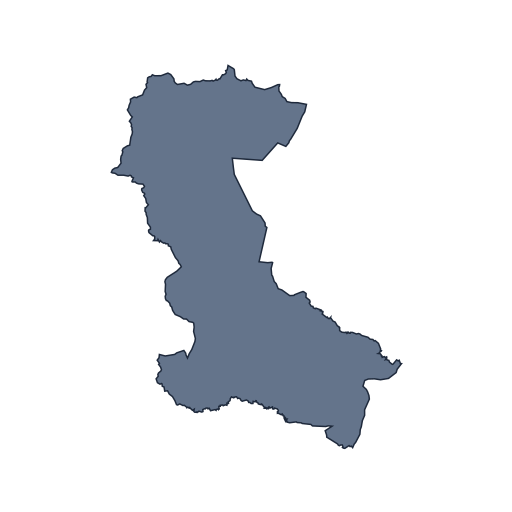 Twifo Hemang Lower Denkyira, Central, Ghana, rotated 202°
{"feature_id": "2480657B44541331554905", "entity_name": "Twifo Hemang Lower Denkyira", "entity_type": "district", "adm_level": 2, "iso_a3": "GHA", "parent_name": "Ghana", "parent_adm1": "Central", "projection": "orthographic", "projection_center": [-1.455, 5.378], "detail": "fine", "context": "isolated", "style": "filled", "palette": "slate", "viewbox_px": 512, "rotation_deg": 202, "n_neighbors": 0, "source": "geoboundaries", "source_scale": "gbopen_adm2", "svg_char_len": 6097}
<svg xmlns="http://www.w3.org/2000/svg" viewBox="0 0 512 512"><g transform="rotate(202 256 256)"><path d="M266.0,415.5L274.6,413.8L280.6,411.5L285.2,410.7L288.0,413.0L291.4,413.6L293.1,415.4L296.5,417.6L298.2,421.3L297.9,422.2L298.3,423.8L300.0,423.0L304.9,417.9L310.3,413.5L320.2,412.1L324.2,414.7L325.7,416.4L329.3,415.8L330.9,416.6L331.0,414.9L333.7,414.5L335.6,412.8L340.1,413.2L342.9,415.0L345.9,420.6L346.8,421.2L353.3,422.2L352.4,417.8L353.6,416.5L352.3,415.1L352.5,413.6L354.0,411.8L355.0,411.5L355.8,406.7L356.5,406.6L357.7,404.4L358.7,404.2L359.3,404.9L359.6,403.9L361.3,402.1L362.5,402.4L364.0,401.2L368.5,399.5L370.8,399.4L373.3,396.7L377.6,395.2L379.3,393.9L380.9,390.7L383.6,388.7L387.4,389.2L393.1,385.6L395.6,386.2L397.2,387.2L398.5,389.5L403.0,392.3L406.2,392.6L411.6,387.6L417.4,385.2L420.0,385.2L420.5,383.2L422.1,382.2L423.2,380.6L422.2,376.7L421.5,376.1L422.3,374.0L420.4,371.1L421.5,368.1L421.5,362.9L425.2,359.4L425.8,358.2L428.5,357.7L431.2,354.3L430.0,351.9L430.1,348.2L429.6,345.8L430.0,343.3L424.8,339.4L422.8,338.6L423.9,333.5L421.9,332.5L420.6,331.2L420.3,329.4L419.0,328.6L418.4,326.7L417.1,325.0L416.5,322.7L416.5,319.2L414.6,311.4L416.5,310.0L419.4,306.0L419.5,303.5L418.5,302.7L418.1,299.4L418.5,298.1L417.7,294.9L415.9,291.5L417.4,286.2L419.8,284.6L421.4,282.2L421.5,279.4L420.4,279.2L417.7,279.9L414.3,279.2L409.1,281.3L404.5,282.2L403.0,283.7L401.7,283.6L401.1,282.7L398.9,282.6L399.0,278.7L398.5,278.3L395.6,279.4L394.2,278.8L391.9,278.9L387.8,280.3L385.5,278.9L385.7,277.2L387.1,275.8L386.8,274.4L384.9,272.6L382.9,272.4L382.3,271.7L382.7,269.9L379.8,268.0L377.6,264.5L375.0,263.2L376.3,259.3L376.8,259.2L375.7,256.0L374.1,255.0L373.4,253.4L371.1,250.9L368.8,245.8L364.7,243.2L363.9,241.2L365.1,240.2L365.1,239.1L364.0,237.6L359.3,236.1L358.3,236.5L357.2,236.1L356.3,233.7L356.8,231.9L353.0,233.3L353.1,234.7L350.8,232.8L350.3,234.5L349.0,233.7L346.5,233.3L345.5,234.0L344.3,233.5L343.1,234.1L341.8,234.1L341.1,232.6L338.5,232.6L337.1,230.5L330.1,224.3L326.5,222.4L324.8,220.3L323.1,219.7L321.2,218.0L323.8,212.2L330.3,203.0L331.1,200.1L330.8,198.0L329.3,195.9L326.9,189.0L325.1,186.9L325.1,184.6L323.9,182.4L322.4,181.1L321.4,181.3L318.4,180.0L316.8,177.8L315.1,177.2L312.9,174.3L309.0,171.5L303.4,171.4L299.5,170.5L296.8,171.5L293.5,170.1L289.8,170.8L288.6,170.4L286.7,166.9L285.6,162.7L281.3,156.8L280.6,153.8L280.5,145.2L281.3,140.4L281.3,135.7L283.8,138.0L284.8,139.6L287.5,141.4L293.2,136.5L294.5,134.3L302.7,129.3L308.7,128.5L307.8,125.4L308.6,122.4L305.3,120.3L305.7,119.0L302.9,117.3L301.1,115.2L301.1,113.8L302.6,110.9L302.6,109.3L301.6,107.9L302.6,104.7L299.9,101.6L297.0,101.2L295.8,102.4L295.2,102.2L294.1,100.1L292.2,100.1L290.0,96.5L287.5,97.9L284.7,95.5L280.8,94.4L277.0,91.5L274.0,88.4L272.8,88.5L271.3,90.3L267.7,90.0L266.6,90.7L263.8,89.9L263.3,89.4L262.8,90.2L261.5,90.0L261.3,90.6L260.8,90.7L260.4,90.1L260.1,90.3L257.1,89.1L255.9,90.8L255.5,88.7L254.5,88.2L252.1,88.9L252.3,89.3L251.4,89.6L250.8,90.7L247.8,91.0L246.9,91.9L247.8,93.7L246.5,95.1L245.7,95.3L245.4,96.3L243.7,96.9L243.2,96.3L242.3,97.3L240.2,95.5L236.5,98.2L235.2,97.9L235.3,98.8L233.6,100.2L233.2,99.6L232.8,100.4L234.1,102.4L234.0,102.9L232.8,103.3L233.2,104.2L231.0,105.4L230.3,104.9L228.7,106.5L227.1,106.7L227.4,107.8L227.0,108.3L227.6,108.2L227.9,108.6L226.5,109.5L227.1,110.4L225.9,112.2L226.4,114.0L226.0,116.2L223.8,116.1L223.5,116.9L222.9,116.8L222.5,117.6L221.3,118.2L219.6,117.0L219.1,117.6L217.4,117.8L215.8,116.5L214.4,116.2L210.9,118.9L208.9,118.6L207.9,117.5L206.7,117.9L205.2,117.4L203.6,118.1L204.2,120.2L202.2,120.4L202.0,121.8L201.5,121.9L200.3,120.6L198.8,120.4L198.4,119.7L196.2,119.9L195.7,120.7L195.2,120.2L194.6,120.7L192.0,118.9L190.4,119.1L190.9,118.1L189.4,118.7L188.7,118.3L188.1,119.7L187.9,119.0L187.2,119.1L187.1,120.9L186.0,120.3L184.2,122.2L183.3,120.5L182.1,120.7L181.9,121.9L179.0,122.2L177.4,121.2L177.3,120.0L177.8,119.6L177.2,118.2L176.7,118.6L173.4,118.3L172.6,119.3L172.1,118.5L171.5,118.8L170.9,118.0L169.9,118.1L169.5,116.9L168.8,117.1L168.9,116.4L168.3,116.6L168.5,115.5L167.2,114.3L167.6,116.0L166.1,116.5L166.4,115.3L165.3,114.3L166.2,114.1L165.1,113.6L162.3,114.0L156.5,117.3L155.5,117.0L151.5,118.3L150.5,118.0L142.0,120.4L140.0,119.6L127.5,124.0L125.4,125.6L121.7,126.7L126.4,119.9L123.5,116.5L122.5,114.5L109.9,112.3L109.0,111.5L107.7,111.3L106.6,112.6L105.1,113.1L103.8,111.5L104.1,110.9L103.1,110.6L101.6,110.9L98.7,115.1L97.4,114.5L96.4,115.4L94.6,114.5L94.5,118.3L93.8,120.5L92.9,129.6L94.3,134.1L94.4,137.1L95.7,143.2L95.6,149.0L97.7,154.1L97.3,165.8L99.0,168.9L101.6,171.8L103.7,173.6L108.0,175.3L108.6,181.3L105.8,184.0L100.1,186.5L94.2,187.9L87.3,192.1L82.4,200.4L82.7,203.9L80.8,210.7L81.8,210.4L84.2,213.0L84.8,212.0L86.7,212.4L88.4,207.1L89.0,206.6L92.5,207.6L93.7,209.0L95.4,208.7L96.1,209.4L97.1,208.5L96.7,210.8L97.1,211.4L98.2,210.3L99.4,210.8L101.0,209.3L101.7,210.5L102.2,210.2L103.2,211.5L104.3,211.9L106.1,211.4L105.2,212.5L105.0,214.3L104.4,214.4L104.2,215.2L105.4,215.3L105.6,216.5L109.8,220.9L113.8,222.2L114.6,221.5L116.4,222.4L119.0,221.6L121.7,222.6L128.3,221.9L130.3,222.6L132.0,222.5L133.7,221.3L137.9,221.3L139.8,220.6L139.7,219.7L140.6,219.3L141.7,219.9L142.4,218.7L142.7,219.4L143.4,218.5L144.0,219.1L145.3,218.2L148.0,217.5L150.5,218.2L151.6,220.9L152.1,220.8L152.5,221.5L154.4,221.7L157.9,224.4L160.3,224.5L163.4,226.5L163.8,226.1L163.9,226.9L164.3,225.9L165.5,225.1L167.0,226.1L167.4,225.5L172.9,227.0L172.7,228.3L173.2,228.5L173.2,229.6L175.3,229.4L174.7,229.9L175.1,230.3L180.9,230.1L181.3,229.3L183.4,229.4L184.3,230.6L186.1,230.2L189.0,232.3L188.6,233.6L189.7,235.1L194.2,236.4L195.5,240.0L198.2,240.7L199.1,240.7L201.3,238.8L205.8,234.5L206.0,233.7L209.9,231.9L219.3,234.2L223.2,234.0L226.9,237.9L229.5,239.1L233.1,243.5L234.2,244.1L237.3,250.1L238.1,256.1L238.8,256.2L242.6,254.2L251.0,251.8L256.6,286.5L258.6,287.1L260.0,290.0L266.9,294.9L271.2,295.1L276.3,296.5L306.7,323.5L310.2,329.7L314.6,337.8L286.1,347.0L278.2,369.0L269.4,368.8L268.0,373.3L268.2,375.6L267.7,376.8L265.6,389.7L265.6,403.0L264.8,407.9L266.0,415.5Z" fill="#64748b" stroke="#1e293b" stroke-width="1.5"/></g></svg>